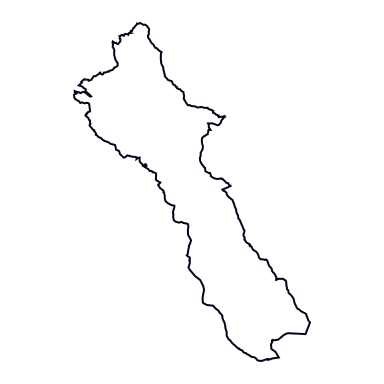 Cernisoara, Vâlcea, Romania (Albers equal-area conic projection)
{"feature_id": "2599482B75338382819918", "entity_name": "Cernisoara", "entity_type": "district", "adm_level": 2, "iso_a3": "ROU", "parent_name": "Romania", "parent_adm1": "Vâlcea", "projection": "albers", "projection_center": [24.009, 45.016], "detail": "fine", "context": "isolated", "style": "outline", "palette": "ink", "viewbox_px": 384, "rotation_deg": 0, "n_neighbors": 0, "source": "geoboundaries", "source_scale": "gbopen_adm2", "svg_char_len": 5906}
<svg xmlns="http://www.w3.org/2000/svg" viewBox="0 0 384 384"><path d="M232.1,343.0L238.6,348.8L239.3,348.6L240.0,349.6L242.5,350.6L243.1,351.9L243.8,352.5L246.2,353.3L246.6,354.0L249.0,355.0L250.8,356.5L254.7,357.5L256.2,358.6L257.4,360.2L258.3,360.6L261.4,361.0L266.1,359.4L269.0,360.0L267.8,359.3L267.8,359.0L270.3,359.4L271.6,358.6L278.8,357.5L275.6,352.0L271.4,348.9L271.0,344.4L272.0,342.4L272.2,341.2L271.9,340.8L272.1,340.2L272.7,340.0L272.8,340.5L278.3,339.6L283.6,335.2L285.9,333.9L287.9,333.2L305.5,334.1L310.0,322.5L308.3,320.3L305.9,313.8L301.1,311.3L299.4,309.7L297.2,308.4L294.6,303.2L293.6,298.6L291.3,295.4L288.7,293.0L288.2,290.5L287.9,289.9L287.1,289.4L286.9,288.4L286.9,287.2L286.3,285.5L286.5,284.4L286.1,283.4L286.3,281.8L285.5,280.3L284.6,280.1L283.2,278.8L278.5,278.9L276.2,279.9L276.2,278.8L276.4,278.6L276.6,277.8L275.4,275.9L275.5,275.3L273.8,272.9L273.0,272.3L272.1,270.9L271.6,268.6L268.9,265.5L267.3,260.7L266.1,259.5L264.6,259.9L264.2,259.5L260.6,259.2L259.9,258.7L259.0,257.4L258.0,254.2L256.2,251.7L253.2,249.8L252.6,249.0L251.8,247.2L250.9,246.2L250.1,246.2L250.1,245.6L249.7,245.2L250.1,245.0L250.0,244.5L246.2,242.3L244.9,239.9L244.4,239.7L244.3,239.4L244.8,237.7L243.8,236.4L243.4,235.0L244.4,231.5L244.5,230.6L243.7,229.4L239.6,219.7L238.3,218.3L238.1,215.9L236.5,212.5L236.1,209.4L234.5,205.9L234.2,204.2L233.1,201.8L232.6,200.1L228.7,197.0L226.8,194.7L226.6,193.0L225.8,192.0L224.5,191.1L223.1,190.6L222.4,189.6L228.6,187.0L230.6,186.0L230.5,185.6L229.3,185.5L228.0,183.1L226.5,182.9L222.5,178.8L221.6,179.1L221.0,178.4L220.4,178.4L218.5,179.0L216.1,178.8L213.7,178.1L210.8,176.2L210.8,175.5L210.1,173.1L208.3,172.8L205.4,171.2L205.0,167.8L204.2,167.3L201.8,164.2L200.3,161.4L200.1,160.5L199.9,158.2L200.8,154.9L200.6,154.1L200.7,152.6L202.3,150.1L202.8,147.9L202.9,146.1L202.1,143.6L201.8,140.7L202.0,138.3L203.7,136.3L205.1,135.9L205.8,135.0L207.7,134.3L207.8,132.9L208.3,132.1L208.2,130.7L208.7,129.8L210.5,129.9L208.9,127.4L208.6,124.2L208.1,123.5L212.2,123.3L217.5,125.2L219.0,124.9L221.1,122.2L221.1,121.1L221.7,120.0L223.4,118.3L223.2,117.3L225.0,116.8L224.6,116.0L222.2,116.9L219.7,116.8L219.4,117.1L218.8,116.6L218.6,116.8L218.2,116.3L218.4,115.8L218.0,115.8L217.4,115.0L215.9,114.5L214.5,113.2L213.1,112.8L212.7,111.0L213.0,110.8L210.6,109.5L210.2,109.7L208.3,108.8L207.5,108.1L207.5,107.8L204.5,107.9L201.6,107.0L197.5,107.5L195.2,106.4L191.2,106.0L189.7,105.1L188.2,105.3L186.9,104.0L184.0,99.3L184.2,99.1L183.7,98.0L184.1,96.7L184.0,95.2L183.6,94.1L183.6,92.6L183.3,92.0L181.6,91.1L180.0,89.3L178.7,89.1L176.9,88.1L176.2,87.1L176.6,86.9L175.4,86.0L175.0,85.2L173.2,84.5L171.6,81.1L168.2,80.1L164.9,76.3L164.9,75.4L164.5,74.6L164.4,73.3L163.3,69.2L163.2,67.2L161.9,65.0L161.0,62.4L161.2,61.5L160.8,59.7L160.9,54.2L161.1,52.9L161.6,52.1L159.3,50.8L156.4,47.9L155.1,47.7L153.3,44.4L151.9,43.4L150.9,42.1L149.8,39.8L148.2,37.7L147.9,35.8L148.7,34.6L148.9,33.8L148.7,31.9L149.2,29.3L148.6,28.3L147.0,26.0L145.6,24.9L144.4,24.6L143.4,24.9L140.3,23.0L138.4,23.8L137.2,23.4L136.4,24.9L134.8,26.5L134.1,27.8L133.5,27.9L132.1,30.4L131.9,31.2L130.9,30.9L130.5,31.3L130.3,32.9L130.5,33.0L128.7,33.2L128.2,34.8L126.8,34.1L125.2,34.0L124.3,34.5L123.9,35.8L121.8,34.9L120.6,35.9L119.5,36.1L119.8,37.0L119.6,38.1L120.4,39.2L120.1,39.6L120.5,40.5L120.2,41.5L118.0,44.2L117.0,43.8L116.1,42.9L115.2,43.1L112.8,41.5L112.5,42.5L113.0,44.8L112.7,47.0L113.7,48.5L114.4,50.6L114.1,52.7L114.3,55.4L115.5,59.9L116.7,61.6L116.9,62.3L117.6,62.9L117.7,65.1L117.5,65.8L116.5,66.7L114.0,67.8L113.7,68.8L112.6,69.8L109.8,70.8L108.8,71.7L108.2,71.3L106.0,72.4L103.8,72.6L103.2,74.1L102.7,74.4L102.2,74.5L100.2,73.6L100.3,72.5L100.1,72.5L98.1,74.5L95.4,76.2L93.7,76.2L91.6,79.5L91.0,80.0L88.7,80.7L88.2,79.7L84.9,79.7L84.6,79.2L84.0,79.3L81.3,81.8L81.9,82.5L78.8,85.4L82.5,86.7L83.6,88.1L85.3,88.8L85.7,89.3L85.7,91.1L86.1,91.8L89.6,94.7L91.1,96.4L90.4,96.6L89.0,95.8L84.2,91.8L82.0,92.2L80.7,93.1L80.2,93.1L78.9,92.1L77.7,92.2L74.7,91.1L74.8,92.1L76.4,92.3L76.8,92.7L76.8,93.4L76.5,93.6L76.2,93.3L74.0,94.6L74.3,97.6L75.3,99.2L79.2,101.4L80.3,103.0L82.1,102.4L84.2,103.2L85.7,103.2L86.6,102.8L88.6,103.2L89.2,104.1L90.1,111.4L88.2,111.9L87.5,112.9L86.8,113.2L86.6,113.4L87.0,113.9L85.4,115.2L85.5,115.6L88.4,118.1L88.9,119.7L90.0,120.5L89.9,122.8L90.5,123.7L89.5,125.1L89.7,125.7L93.1,129.7L94.1,130.2L93.9,130.8L94.8,131.5L95.7,133.0L96.1,134.0L95.8,134.7L96.4,134.8L98.7,137.2L100.9,137.9L102.0,139.2L104.1,140.7L108.5,142.3L110.7,143.9L114.9,144.9L115.3,145.7L116.0,149.6L118.8,150.9L119.4,152.0L120.0,154.1L123.7,157.6L124.9,157.4L127.4,155.4L132.1,156.7L136.0,157.0L136.2,157.7L136.8,157.8L136.6,158.9L138.1,157.7L139.7,157.7L139.5,160.4L140.3,162.4L142.5,164.5L142.7,165.4L143.1,166.1L143.8,166.2L144.0,165.0L145.5,164.1L146.4,165.1L146.2,165.5L146.4,165.8L145.4,166.4L145.0,167.1L148.2,169.1L149.3,170.2L149.6,171.0L151.0,170.9L152.4,171.5L152.6,172.3L153.9,172.3L155.9,173.2L156.1,174.9L155.9,179.7L157.2,180.8L160.3,182.5L159.2,183.9L158.2,184.6L158.2,185.1L160.4,188.4L163.2,190.4L163.5,191.0L163.4,191.9L163.8,191.9L164.8,195.9L164.7,198.1L165.4,200.8L166.4,202.1L168.2,203.4L171.9,205.3L174.3,205.6L174.4,207.1L173.0,211.8L173.0,213.3L173.5,214.2L173.1,216.1L173.8,220.2L175.5,221.6L178.5,222.5L179.5,222.6L180.9,222.0L181.6,222.0L183.8,223.1L186.2,223.4L187.9,224.1L188.3,225.7L188.3,227.6L187.9,229.3L188.0,234.6L191.1,240.4L189.8,244.3L188.8,245.8L189.0,246.8L187.9,251.7L188.0,253.2L186.8,255.5L189.7,257.5L189.9,258.1L189.8,259.4L189.2,260.2L189.8,261.0L189.7,263.7L188.5,267.3L189.6,269.6L195.0,276.0L200.2,280.0L203.2,286.0L204.1,289.9L203.3,293.5L202.6,298.0L202.7,301.1L203.2,303.1L207.0,305.0L213.1,305.7L215.1,308.1L218.9,311.1L219.5,312.7L220.5,313.4L222.2,315.5L222.5,316.4L222.2,317.5L223.0,319.2L223.1,319.9L224.4,322.4L225.4,326.5L225.3,327.9L226.7,332.1L226.7,335.9L228.8,339.5L230.3,340.5L232.1,343.0Z" fill="none" stroke="#020617" stroke-width="2"/></svg>